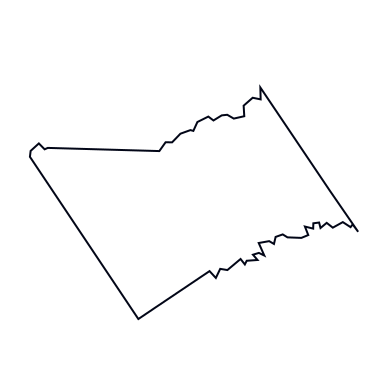 outline of Foard, Texas, United States of America, rotated 326°
{"feature_id": "52423323B82900100133763", "entity_name": "Foard", "entity_type": "district", "adm_level": 2, "iso_a3": "USA", "parent_name": "United States of America", "parent_adm1": "Texas", "projection": "natural_earth1", "projection_center": [-99.685, 33.988], "detail": "fine", "context": "isolated", "style": "outline", "palette": "ink", "viewbox_px": 384, "rotation_deg": 326, "n_neighbors": 0, "source": "geoboundaries", "source_scale": "gbopen_adm2", "svg_char_len": 825}
<svg xmlns="http://www.w3.org/2000/svg" viewBox="0 0 384 384"><g transform="rotate(326 192 192)"><path d="M97.4,267.3L162.3,267.4L163.7,276.6L172.4,271.5L177.7,276.5L194.8,274.7L195.3,281.6L198.9,279.6L208.3,285.0L207.5,278.1L213.4,279.9L216.4,285.1L218.8,271.6L228.5,275.9L230.9,280.9L236.2,276.0L243.5,277.9L245.8,283.0L257.0,291.2L264.3,292.7L266.3,283.8L272.0,290.1L275.1,285.8L280.3,288.4L278.4,293.7L286.4,292.9L288.8,300.3L300.2,301.3L303.8,309.8L307.1,308.7L307.5,317.9L307.0,268.2L307.1,143.6L300.7,153.6L295.0,147.8L283.1,149.3L277.7,158.4L267.7,154.5L264.4,147.7L259.5,145.1L249.8,144.7L247.7,138.6L235.6,137.0L227.3,142.1L225.3,139.8L215.0,137.2L203.3,139.7L197.9,136.0L187.8,139.8L97.1,74.8L93.7,74.2L92.2,66.1L81.2,67.7L77.3,72.2L76.5,267.3L97.4,267.3Z" fill="none" stroke="#020617" stroke-width="2"/></g></svg>